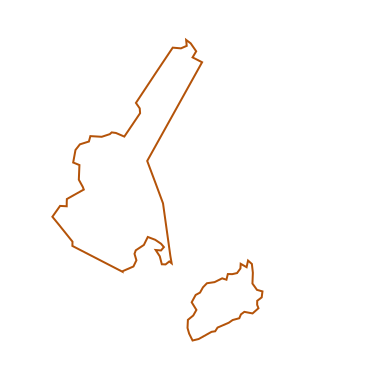 outline of Iberia, Louisiana, United States of America, rotated 304°
{"feature_id": "52423323B66757955193379", "entity_name": "Iberia", "entity_type": "district", "adm_level": 2, "iso_a3": "USA", "parent_name": "United States of America", "parent_adm1": "Louisiana", "projection": "natural_earth1", "projection_center": [-91.77, 29.798], "detail": "fine", "context": "isolated", "style": "outline", "palette": "amber", "viewbox_px": 384, "rotation_deg": 304, "n_neighbors": 0, "source": "geoboundaries", "source_scale": "gbopen_adm2", "svg_char_len": 1350}
<svg xmlns="http://www.w3.org/2000/svg" viewBox="0 0 384 384"><g transform="rotate(304 192 192)"><path d="M305.2,127.8L303.9,117.2L311.0,116.8L314.5,107.8L314.8,102.1L310.2,105.9L304.9,102.5L300.9,95.3L270.6,95.4L234.5,95.7L232.1,101.9L228.3,104.9L200.1,104.9L198.4,95.9L196.5,92.1L194.0,91.5L187.3,86.3L181.5,76.5L176.2,78.3L168.8,72.4L161.7,71.9L150.0,77.0L151.4,83.6L138.9,91.3L135.1,98.7L133.5,100.9L123.8,96.0L116.2,92.2L113.9,93.6L110.1,96.1L106.7,90.4L93.4,90.1L90.1,101.1L89.3,103.6L84.0,120.7L80.4,123.0L87.0,178.9L87.3,178.6L97.5,185.1L104.3,184.1L108.6,178.9L112.2,178.0L121.2,181.7L130.0,180.5L131.8,188.2L131.8,195.3L130.6,199.5L126.2,199.0L123.6,194.3L120.7,201.2L115.2,207.4L117.2,210.6L121.7,212.0L121.5,215.0L126.9,209.8L166.4,174.3L178.4,157.6L192.7,137.5L239.2,133.5L305.2,127.8ZM73.0,268.8L69.2,275.5L73.8,279.7L87.0,286.4L89.5,289.1L93.9,289.0L104.2,295.6L108.6,297.3L113.8,301.8L117.9,301.0L121.9,302.4L125.2,310.1L132.8,312.1L134.9,309.1L138.3,306.9L143.6,308.7L149.0,306.0L147.2,300.6L149.9,293.3L159.1,287.6L165.8,281.9L166.5,276.8L160.2,279.3L159.7,272.5L155.7,274.9L150.0,274.7L146.5,271.4L144.0,267.6L138.5,269.6L137.3,265.3L129.9,261.1L124.7,255.4L119.1,254.4L113.1,254.9L108.7,252.6L100.4,253.4L96.7,261.6L90.3,262.1L83.7,260.1L76.8,264.3L75.6,265.7L73.0,268.8Z" fill="none" stroke="#b45309" stroke-width="2"/></g></svg>